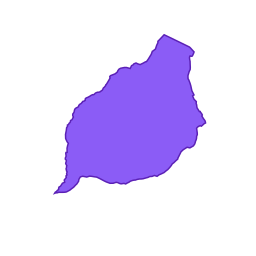 the district of Santiago Texcalcingo, Puebla, Mexico, rotated 146°
{"feature_id": "50627088B87792641309380", "entity_name": "Santiago Texcalcingo", "entity_type": "district", "adm_level": 2, "iso_a3": "MEX", "parent_name": "Mexico", "parent_adm1": "Puebla", "projection": "natural_earth1", "projection_center": [-96.972, 18.216], "detail": "fine", "context": "isolated", "style": "filled", "palette": "violet", "viewbox_px": 256, "rotation_deg": 146, "n_neighbors": 0, "source": "geoboundaries", "source_scale": "gbopen_adm2", "svg_char_len": 4464}
<svg xmlns="http://www.w3.org/2000/svg" viewBox="0 0 256 256"><g transform="rotate(146 128 128)"><path d="M225.3,114.9L224.4,114.7L222.6,113.7L221.5,113.5L219.6,112.2L217.8,111.0L216.1,110.0L214.7,109.4L210.8,109.0L208.9,109.2L206.2,109.3L203.3,110.0L201.8,110.2L199.9,111.0L198.7,111.5L197.7,112.7L196.4,113.4L194.8,114.1L192.5,113.3L189.6,110.4L186.8,109.6L185.2,108.3L183.1,106.3L181.4,104.8L179.7,101.9L177.3,97.4L176.2,95.5L174.9,93.7L173.8,92.2L171.2,90.5L169.9,90.1L168.2,89.6L166.8,88.2L166.2,87.0L165.0,85.6L162.3,84.3L161.2,82.9L159.2,82.8L157.6,82.5L155.9,82.6L153.6,82.0L152.1,81.4L151.0,80.7L149.3,80.3L147.2,79.4L145.8,78.5L143.9,77.5L140.8,76.5L139.2,75.9L137.1,75.6L135.1,74.4L132.7,73.9L130.9,71.7L128.1,71.8L127.0,71.5L123.1,70.9L120.3,71.2L118.2,71.3L115.3,72.0L113.1,72.7L111.4,73.5L109.3,73.6L106.7,74.1L104.2,74.4L103.1,75.4L101.7,76.1L100.4,76.9L98.9,77.7L97.4,78.6L94.3,79.1L89.8,79.0L87.8,76.9L83.8,76.6L81.7,77.4L80.5,78.3L79.3,79.4L78.1,80.1L77.0,81.1L75.7,82.8L74.3,83.7L73.4,85.1L72.2,87.5L71.3,89.4L70.1,89.8L68.8,89.9L66.9,89.6L66.2,88.5L65.0,88.6L62.4,89.0L60.9,88.8L60.5,89.6L60.1,91.1L60.2,93.1L60.1,96.6L59.1,97.2L58.9,99.0L59.1,100.4L58.9,101.3L59.6,101.7L59.5,105.9L59.1,107.0L58.1,108.9L57.8,110.2L56.6,111.7L57.2,114.9L56.5,118.5L54.8,118.5L54.2,123.2L53.3,125.5L52.4,127.7L51.6,130.2L51.0,132.7L50.7,134.0L50.7,135.2L49.1,137.8L46.9,139.6L45.7,140.6L43.8,141.7L42.4,143.5L40.9,146.0L39.3,148.5L38.4,150.7L37.4,152.3L36.5,153.0L36.1,152.9L35.5,152.1L34.4,151.7L31.9,153.2L30.7,154.1L31.5,159.6L31.8,160.8L38.9,173.1L45.9,185.1L53.5,183.4L54.7,183.2L55.6,181.9L57.9,180.6L61.1,178.1L64.3,177.9L64.9,178.0L67.5,176.1L72.8,173.7L75.5,172.7L76.6,173.1L79.1,173.3L82.5,173.8L84.0,175.7L85.0,177.4L87.2,177.9L88.6,177.5L90.2,177.7L92.9,176.1L93.6,176.9L95.5,179.1L97.2,180.2L100.8,181.7L102.0,181.8L102.8,181.8L104.5,181.1L105.5,180.4L108.3,180.1L113.3,181.2L114.4,180.8L115.0,179.4L117.2,178.3L119.9,177.0L122.0,176.1L122.3,176.2L122.8,175.8L123.2,175.5L123.6,175.4L124.1,175.3L124.7,175.1L124.9,175.0L125.1,175.0L125.5,175.0L125.8,175.0L126.1,174.9L126.3,174.8L126.6,174.6L127.1,174.3L127.5,174.0L128.1,173.8L128.4,173.7L128.7,173.7L129.1,173.7L129.9,173.7L130.4,173.8L130.8,173.7L131.1,173.6L131.4,173.7L131.9,173.9L132.5,174.2L133.0,174.5L133.3,174.7L134.0,174.9L134.5,175.0L134.8,175.1L135.0,175.1L135.5,175.1L135.8,175.1L136.2,175.0L136.4,175.0L136.8,174.9L137.0,174.8L137.3,174.8L137.7,174.8L138.0,175.0L138.3,175.1L138.7,175.4L138.9,175.5L139.2,175.5L139.7,175.6L139.8,175.6L140.4,175.7L140.7,175.7L141.2,175.7L141.6,175.7L142.3,175.7L142.8,175.8L143.2,175.8L143.6,175.8L143.8,175.8L144.1,175.9L144.4,176.0L144.9,176.1L145.0,176.1L145.4,176.2L145.8,176.2L146.0,176.2L146.3,176.3L146.6,176.2L146.8,176.2L147.0,176.1L147.2,175.9L147.4,175.8L147.5,175.6L147.6,175.4L147.8,175.0L148.0,174.9L148.3,174.8L148.5,174.9L149.1,174.9L149.4,174.9L149.6,174.9L149.8,174.9L149.9,175.0L150.0,175.1L150.4,175.3L150.7,175.3L150.8,175.3L151.1,175.2L151.3,175.1L151.4,174.9L151.7,174.8L151.9,174.8L152.4,174.8L152.6,174.7L152.8,174.6L153.2,174.5L153.4,174.5L153.9,174.6L154.3,174.6L154.5,174.6L154.9,174.6L155.1,174.6L155.3,174.5L155.4,174.4L155.8,174.3L156.1,174.3L156.2,174.2L156.3,174.1L156.5,174.0L156.6,173.9L156.9,173.6L157.2,173.4L157.3,173.4L157.5,173.4L158.2,173.4L158.7,173.4L159.0,173.5L159.3,173.6L160.0,173.6L160.5,173.6L160.9,173.5L161.2,173.5L161.5,173.3L161.9,173.1L162.3,172.8L162.6,172.6L162.9,172.2L163.2,171.9L163.4,171.7L163.8,171.4L164.2,171.1L164.5,171.0L164.8,170.8L165.5,170.7L165.8,170.5L166.1,170.3L166.4,169.9L166.7,169.5L166.8,169.3L166.9,169.0L167.0,168.8L167.0,168.5L167.0,168.0L167.1,167.8L167.2,167.6L167.3,167.6L167.5,167.4L167.9,167.3L168.5,166.9L169.0,166.6L169.5,166.3L169.8,166.2L170.3,166.2L170.9,166.3L171.3,166.3L171.6,166.2L172.1,165.6L172.3,165.3L173.3,164.9L174.0,164.9L175.4,164.2L176.6,164.3L176.8,163.9L177.2,163.2L178.7,162.6L180.5,160.5L183.4,157.6L185.6,154.1L186.0,151.9L186.2,150.1L186.0,148.7L187.8,147.3L189.8,145.4L192.1,141.8L193.1,142.4L193.7,141.9L195.1,139.2L196.7,138.2L197.4,137.2L197.2,135.8L197.7,135.0L199.4,133.6L199.7,132.6L199.8,131.0L200.5,130.4L201.3,129.4L202.3,128.7L202.4,127.5L203.0,127.0L203.0,125.7L204.6,124.3L204.8,123.2L205.4,123.1L206.3,122.9L206.8,121.5L210.0,120.5L210.3,119.6L210.9,118.4L213.2,118.9L216.5,117.5L218.3,117.6L219.2,116.8L220.0,115.8L221.4,115.8L223.0,115.3L224.0,115.5L225.3,114.9Z" fill="#8b5cf6" stroke="#5b21b6" stroke-width="1.5"/></g></svg>